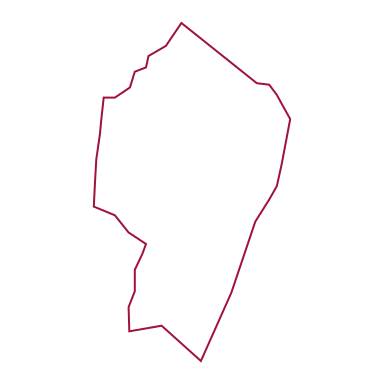 outline of Ayawaso East Municipal, Greater Accra, Ghana
{"feature_id": "2480657B29980074443403", "entity_name": "Ayawaso East Municipal", "entity_type": "district", "adm_level": 2, "iso_a3": "GHA", "parent_name": "Ghana", "parent_adm1": "Greater Accra", "projection": "natural_earth1", "projection_center": [-0.194, 5.59], "detail": "fine", "context": "isolated", "style": "outline", "palette": "rose", "viewbox_px": 384, "rotation_deg": 0, "n_neighbors": 0, "source": "geoboundaries", "source_scale": "gbopen_adm2", "svg_char_len": 509}
<svg xmlns="http://www.w3.org/2000/svg" viewBox="0 0 384 384"><path d="M290.2,119.1L276.7,94.7L269.2,84.7L256.8,83.2L181.4,23.0L165.9,45.9L148.5,56.0L146.0,67.4L134.8,71.7L129.9,87.5L114.9,97.6L103.7,97.6L101.2,120.5L100.0,133.5L96.3,159.3L95.0,182.3L93.8,206.6L114.9,215.3L128.6,232.5L146.0,244.0L142.3,254.0L134.8,269.8L134.8,291.3L128.6,307.1L129.3,331.3L161.6,325.7L200.9,361.0L231.3,292.8L255.3,221.6L269.1,199.7L276.8,186.2L281.6,164.6L290.2,119.1Z" fill="none" stroke="#9f1239" stroke-width="2"/></svg>